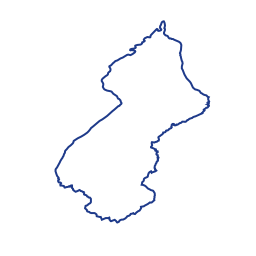 Palora, Morona Santiago, Ecuador, rotated 244°
{"feature_id": "8360857B98088290450398", "entity_name": "Palora", "entity_type": "district", "adm_level": 2, "iso_a3": "ECU", "parent_name": "Ecuador", "parent_adm1": "Morona Santiago", "projection": "equal_earth", "projection_center": [-78.165, -1.664], "detail": "fine", "context": "isolated", "style": "outline", "palette": "blue", "viewbox_px": 256, "rotation_deg": 244, "n_neighbors": 0, "source": "geoboundaries", "source_scale": "gbopen_adm2", "svg_char_len": 5754}
<svg xmlns="http://www.w3.org/2000/svg" viewBox="0 0 256 256"><g transform="rotate(244 128 128)"><path d="M53.8,71.2L52.8,71.5L51.9,71.6L51.6,72.1L51.5,73.9L51.3,75.8L49.4,76.6L48.1,76.7L47.8,76.9L47.7,77.3L47.8,79.0L48.5,79.8L48.6,80.7L48.5,81.9L47.8,83.6L47.9,85.9L48.4,87.6L49.0,88.7L48.7,90.5L48.8,91.5L49.6,92.8L49.2,94.0L49.1,95.5L48.1,95.8L47.6,96.6L48.5,98.9L48.5,99.6L48.8,100.7L48.7,101.9L48.8,102.4L50.1,104.5L50.3,104.7L51.5,105.1L50.7,107.9L50.9,109.0L51.0,112.5L51.5,115.1L50.9,115.8L50.7,116.8L51.6,120.1L52.7,120.3L53.9,121.4L55.0,121.8L55.5,122.5L57.4,123.3L58.1,123.4L60.5,123.1L60.9,122.8L62.2,121.3L63.2,120.7L64.8,119.4L67.8,118.4L69.0,117.7L70.3,116.5L71.0,115.4L72.1,116.4L73.0,116.9L73.4,118.4L73.8,119.1L75.1,119.9L75.4,120.4L75.6,121.4L75.5,123.9L75.7,124.5L76.5,125.0L78.3,126.7L78.9,128.0L79.0,129.7L77.4,129.6L77.5,130.8L77.3,131.9L77.1,133.5L77.3,134.8L77.8,134.7L78.8,134.1L79.5,134.3L79.8,134.6L80.3,134.3L80.6,134.4L82.2,135.5L82.7,136.4L83.9,137.5L84.1,138.1L84.3,138.5L85.1,139.0L85.3,139.3L85.3,140.2L85.8,140.8L86.7,141.2L87.1,141.1L87.4,141.8L87.9,142.3L88.5,141.8L88.9,142.4L89.9,142.3L90.4,142.8L90.8,142.4L91.8,142.0L92.7,142.5L93.5,143.2L93.6,143.5L93.2,143.9L93.3,144.2L93.6,144.3L94.1,144.4L94.4,143.8L95.7,142.6L96.1,142.7L96.2,143.6L96.5,143.7L97.4,142.8L99.2,141.4L100.2,140.3L100.4,140.2L100.9,140.4L101.7,142.0L102.3,142.3L103.4,142.4L104.7,143.1L104.8,143.3L103.4,145.3L103.4,146.6L103.0,147.9L103.3,149.1L103.2,150.1L104.3,150.9L106.1,151.1L106.6,151.6L106.7,152.3L106.8,153.4L107.0,154.1L107.2,155.6L107.7,157.1L108.5,157.6L108.0,159.2L108.0,159.7L108.3,160.4L108.9,161.0L108.9,161.5L108.4,162.5L108.7,164.0L109.1,164.6L109.0,166.8L109.5,167.6L110.2,167.5L110.8,168.3L111.5,168.5L112.1,169.7L112.0,170.1L111.7,170.2L111.6,170.8L111.2,171.1L110.5,170.6L109.7,171.4L109.7,171.9L109.5,172.3L109.8,173.1L109.4,173.4L109.3,174.3L109.4,174.7L109.7,177.0L109.4,177.5L109.5,178.4L109.9,179.6L109.2,180.9L109.0,181.4L108.5,181.9L108.4,183.2L109.1,184.8L108.9,185.7L109.2,186.5L109.3,187.7L109.1,188.5L109.1,189.4L108.9,190.1L109.2,191.1L109.2,191.9L109.1,192.8L108.9,193.7L108.7,201.3L109.1,201.3L109.1,201.9L109.4,202.1L109.6,202.5L110.1,204.1L110.5,203.8L111.3,204.1L111.6,206.4L111.9,207.2L111.5,208.4L111.7,209.0L112.1,209.4L112.3,210.3L112.6,210.5L113.1,210.0L113.7,209.8L114.0,209.9L114.0,210.7L114.3,211.0L114.7,210.2L114.8,210.8L115.4,211.8L115.6,211.8L116.1,211.3L116.3,212.5L117.4,212.5L118.5,212.6L119.7,213.2L120.3,214.1L121.3,213.2L122.9,212.8L123.9,211.6L125.0,210.5L126.5,209.7L127.7,208.8L130.1,208.5L132.1,206.7L133.2,205.3L135.3,204.3L136.1,204.1L140.8,204.2L142.6,203.9L146.9,202.5L151.3,202.2L156.1,202.6L158.0,202.5L159.9,203.5L162.1,205.4L163.9,205.9L164.8,205.8L168.2,206.5L169.4,206.9L170.5,206.8L171.3,207.5L172.3,207.4L172.7,207.6L173.2,208.3L174.9,209.8L179.0,212.2L179.7,212.4L181.6,212.4L183.3,211.5L187.2,208.1L188.2,207.5L188.9,206.2L189.8,205.7L190.1,204.8L190.5,204.4L191.3,204.1L193.1,204.0L193.6,203.7L194.8,202.4L196.4,201.8L197.2,201.8L198.0,202.2L199.7,204.0L200.3,204.4L200.8,204.6L201.8,204.4L202.6,205.2L203.9,206.2L206.3,206.9L208.1,207.0L208.3,206.7L208.4,205.7L208.2,204.9L207.7,204.2L206.2,202.7L205.5,201.6L204.5,200.9L203.7,200.7L203.4,200.9L202.0,201.1L201.5,200.6L201.5,199.4L201.8,198.2L202.1,197.8L202.6,197.5L203.3,197.9L203.9,197.8L204.3,197.4L204.2,196.8L201.6,189.7L201.2,188.9L200.6,188.4L200.0,188.1L199.8,187.6L200.2,186.8L201.1,185.7L201.3,185.1L201.3,182.4L200.6,181.0L200.0,180.8L199.0,181.2L198.8,181.0L198.7,180.7L198.7,178.2L198.0,177.9L197.9,177.7L197.5,176.8L197.5,175.7L198.5,173.0L198.8,171.3L198.8,170.6L198.6,170.4L196.9,170.2L196.7,169.7L196.8,168.0L197.5,166.0L197.6,165.3L197.6,164.6L197.1,164.1L196.7,164.3L196.5,165.3L196.1,166.0L195.4,166.9L194.2,168.1L193.6,168.1L193.0,167.3L192.5,164.7L192.4,162.2L193.9,160.3L194.1,159.1L193.6,154.1L193.8,151.8L193.4,148.1L193.7,146.0L193.1,144.2L192.9,143.1L191.8,140.4L191.7,138.4L191.2,138.0L189.3,138.2L188.4,138.0L187.7,137.6L186.9,136.8L186.5,134.9L186.1,134.2L185.1,133.5L184.7,132.8L184.6,132.3L184.4,130.5L183.5,126.8L182.9,125.7L181.9,125.0L179.1,125.2L178.4,125.1L177.5,124.6L176.0,123.4L173.8,123.5L172.8,123.9L170.8,125.6L168.6,128.5L167.9,129.2L165.2,129.8L161.5,132.0L160.5,132.0L159.7,131.9L158.7,132.0L157.9,132.8L156.1,133.3L154.6,133.0L153.2,133.1L152.6,132.5L152.2,130.9L151.7,130.0L151.9,128.9L150.4,123.4L150.0,121.5L148.0,114.6L147.6,112.4L147.0,108.7L146.8,105.5L144.8,97.7L144.4,95.9L144.1,94.6L143.3,93.3L142.3,91.1L141.7,89.3L141.1,85.6L140.8,82.1L140.8,78.5L140.2,73.6L138.7,72.2L138.3,71.4L137.5,68.8L137.0,66.2L135.8,63.7L135.2,62.0L134.8,61.3L133.4,60.4L132.6,59.1L131.1,57.7L130.6,56.8L129.7,55.7L129.4,55.0L128.0,52.8L126.9,51.5L123.7,47.0L122.7,45.0L122.4,44.7L120.9,43.9L117.5,43.4L115.9,43.3L113.8,43.8L113.1,43.0L112.8,43.0L112.4,43.5L112.1,43.6L111.9,43.5L111.2,42.0L110.9,41.9L109.6,41.9L109.4,42.1L108.9,43.0L108.2,43.6L107.7,43.7L106.9,42.4L106.4,42.2L105.9,42.1L105.6,42.8L104.0,44.9L102.3,44.9L102.2,45.1L101.9,45.9L102.0,46.4L101.4,48.2L101.5,49.7L101.0,50.1L100.8,50.0L100.5,50.7L101.3,51.4L101.3,51.8L100.9,52.5L98.6,51.4L97.6,51.9L96.6,51.5L96.2,51.8L94.8,52.2L93.6,53.1L93.7,53.5L93.5,54.4L93.5,55.6L93.4,55.9L93.6,57.1L93.2,57.5L92.1,57.9L91.5,58.7L90.3,59.5L90.0,60.0L89.6,59.7L88.8,60.1L87.6,59.4L87.3,59.5L86.1,60.8L85.6,61.2L84.4,61.3L84.0,61.8L82.9,62.1L82.2,63.2L80.8,63.6L80.4,63.5L78.1,62.4L77.5,62.0L77.0,61.0L76.9,59.1L76.7,58.5L76.5,58.1L76.4,57.1L76.6,56.2L76.5,55.6L76.0,55.4L75.5,54.8L74.6,54.2L72.4,55.1L71.6,54.8L70.8,54.9L69.5,56.4L68.7,56.7L67.7,57.6L66.3,60.5L65.6,61.1L64.1,61.8L62.4,61.2L60.2,63.9L60.0,64.5L57.0,64.3L56.8,68.5L55.7,70.7L55.7,71.9L55.3,71.9L53.8,71.2Z" fill="none" stroke="#1e3a8a" stroke-width="2"/></g></svg>